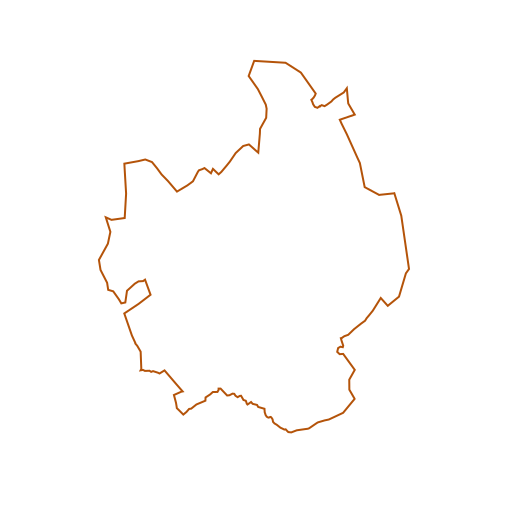 outline of Minjibir, Kano, Nigeria, rotated 336°
{"feature_id": "59680162B51390103580898", "entity_name": "Minjibir", "entity_type": "district", "adm_level": 2, "iso_a3": "NGA", "parent_name": "Nigeria", "parent_adm1": "Kano", "projection": "equal_earth", "projection_center": [8.6, 12.2], "detail": "fine", "context": "isolated", "style": "outline", "palette": "amber", "viewbox_px": 512, "rotation_deg": 336, "n_neighbors": 0, "source": "geoboundaries", "source_scale": "gbopen_adm2", "svg_char_len": 2899}
<svg xmlns="http://www.w3.org/2000/svg" viewBox="0 0 512 512"><g transform="rotate(336 256 256)"><path d="M125.1,371.3L129.0,370.2L132.7,368.5L134.7,369.1L141.2,367.4L150.9,367.6L152.4,364.7L157.9,363.8L161.2,362.7L165.5,364.5L167.3,363.2L167.9,361.9L169.7,362.7L172.9,371.7L175.1,372.4L178.6,372.2L180.1,373.1L180.4,375.3L181.8,377.5L182.7,377.4L184.2,377.2L185.5,377.6L186.0,382.5L186.4,382.8L187.8,384.1L187.7,385.8L187.5,387.1L187.8,388.2L188.6,388.1L192.1,387.4L192.8,389.7L196.4,392.5L196.6,394.8L199.8,397.5L201.6,399.0L200.4,402.3L200.2,404.5L200.1,404.8L200.1,405.2L200.3,406.3L200.4,407.1L201.0,408.0L201.6,408.7L202.6,408.9L203.3,408.8L204.0,409.0L204.4,410.0L204.7,412.0L204.1,414.4L204.8,416.5L206.3,418.6L208.5,422.8L209.9,424.4L211.3,426.1L212.6,426.4L213.3,428.5L213.9,430.0L216.5,431.5L222.3,431.8L230.4,434.1L233.1,434.9L234.4,435.0L242.6,433.5L244.4,433.2L245.2,433.2L247.3,433.5L251.8,434.1L256.0,435.0L262.0,434.9L266.4,434.8L271.8,434.7L284.2,428.5L287.9,426.7L288.0,426.5L286.9,416.1L290.9,406.9L299.9,400.2L295.8,380.9L292.5,379.7L291.2,376.6L293.6,373.5L296.3,373.2L298.2,374.6L299.2,373.4L299.7,368.3L300.1,365.6L301.3,365.8L301.4,365.7L304.1,365.2L308.2,365.5L315.9,362.7L324.5,360.5L329.3,359.5L331.8,357.8L335.1,356.2L340.4,353.5L352.9,345.1L356.1,355.1L370.1,351.3L385.9,332.8L390.5,330.1L405.1,278.3L407.9,254.9L407.3,254.8L394.1,250.5L393.3,250.3L392.9,249.7L383.3,237.3L388.7,213.3L388.6,207.3L388.5,181.8L388.0,169.8L388.0,165.6L403.7,167.0L402.3,154.2L403.1,151.7L407.2,139.7L402.7,142.3L392.8,143.7L390.1,144.4L387.7,145.5L382.5,146.6L379.6,147.0L377.4,144.9L376.1,145.1L375.3,145.4L375.2,145.0L372.4,145.6L371.9,145.1L370.4,143.7L370.1,141.9L369.9,140.3L370.1,138.8L370.1,136.7L370.1,135.8L371.7,135.4L372.3,135.0L373.0,134.8L375.2,133.3L376.6,131.9L371.6,106.7L361.6,91.5L333.7,77.0L322.5,88.6L325.6,104.3L326.1,113.1L326.5,121.7L325.6,125.8L321.5,133.9L311.4,141.5L309.3,145.8L300.1,162.5L299.0,160.2L295.2,151.8L294.9,151.2L289.0,150.3L279.3,153.7L270.4,159.2L265.9,161.5L258.5,165.1L255.1,166.2L253.6,162.6L252.4,159.6L252.1,158.9L248.5,162.1L244.7,154.7L242.4,154.8L238.7,154.5L237.1,155.5L228.8,162.1L222.0,163.6L210.0,165.0L206.1,151.8L202.9,143.1L201.3,135.7L199.2,127.9L194.1,122.8L187.2,121.5L173.3,118.1L171.5,122.8L162.7,146.2L151.5,167.9L138.7,164.2L134.5,159.6L132.8,174.7L125.7,184.5L110.9,195.7L108.3,205.5L109.1,219.9L107.2,226.8L111.2,230.2L113.1,239.6L113.7,244.5L117.7,245.3L124.0,235.3L134.0,232.0L138.4,231.4L142.6,233.0L145.0,232.5L143.9,248.5L129.3,252.0L112.3,254.9L110.3,278.1L110.4,286.3L110.2,286.6L110.3,287.6L110.5,288.0L111.0,289.9L111.7,296.5L105.3,312.5L104.1,313.5L106.4,314.1L107.8,315.8L112.0,317.5L113.1,319.2L115.1,319.3L118.9,322.7L120.1,324.1L125.9,323.3L130.8,339.8L133.9,349.9L132.6,349.6L124.5,349.6L123.2,357.6L122.5,360.3L121.8,362.8L122.9,365.5L125.1,371.3Z" fill="none" stroke="#b45309" stroke-width="2"/></g></svg>